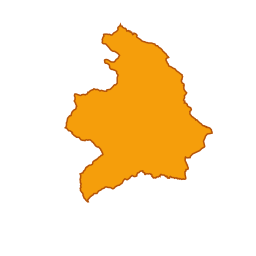 Tamara, Casanare, Colombia, rotated 308°
{"feature_id": "7082276B51929752700594", "entity_name": "Tamara", "entity_type": "district", "adm_level": 2, "iso_a3": "COL", "parent_name": "Colombia", "parent_adm1": "Casanare", "projection": "robinson", "projection_center": [-72.226, 5.881], "detail": "fine", "context": "isolated", "style": "filled", "palette": "amber", "viewbox_px": 256, "rotation_deg": 308, "n_neighbors": 0, "source": "geoboundaries", "source_scale": "gbopen_adm2", "svg_char_len": 5833}
<svg xmlns="http://www.w3.org/2000/svg" viewBox="0 0 256 256"><g transform="rotate(308 128 128)"><path d="M62.3,118.5L61.2,120.3L60.3,120.7L59.4,121.5L59.1,121.4L58.2,121.8L57.6,122.2L57.4,122.8L55.7,124.0L55.6,124.5L55.3,124.6L55.1,125.5L53.4,126.1L52.3,127.5L51.1,127.4L50.6,128.2L49.4,129.1L49.2,130.3L48.8,131.2L48.8,132.2L47.9,133.6L47.3,133.9L45.6,136.9L45.7,137.8L45.2,139.2L45.0,141.7L45.4,142.1L45.9,141.2L46.6,140.5L51.2,140.7L51.9,141.1L52.7,141.1L53.4,141.6L55.3,141.5L57.3,143.8L60.2,143.6L62.5,144.8L63.9,145.0L66.1,146.3L67.5,146.4L68.4,147.5L68.8,148.8L70.1,150.6L70.4,151.3L70.6,153.2L71.0,153.7L72.1,154.1L74.0,154.2L74.6,154.6L76.1,155.1L77.8,156.5L79.3,156.7L80.2,157.2L81.1,157.3L83.8,156.7L85.9,156.8L86.2,157.2L86.4,158.6L87.0,159.4L89.9,160.2L91.2,160.0L92.2,160.4L93.0,160.4L93.3,160.8L93.3,162.2L93.9,163.3L95.4,164.3L95.8,164.4L96.5,163.6L98.0,163.5L98.4,163.2L99.7,164.1L101.2,164.2L101.8,164.6L103.3,166.0L102.4,166.9L102.9,168.6L102.3,169.0L102.3,169.5L101.9,169.7L101.9,170.1L102.5,170.3L102.7,170.2L103.9,171.5L104.5,172.6L105.3,173.1L105.6,173.6L105.4,174.6L105.9,175.0L105.7,175.7L104.6,176.7L104.8,177.4L104.3,178.2L104.4,178.9L104.7,178.9L105.6,180.5L106.1,180.4L106.2,180.7L106.6,180.9L107.4,180.9L108.2,182.1L109.5,182.3L109.6,182.9L110.1,182.4L110.7,182.6L111.4,182.3L111.7,182.5L111.4,183.0L111.9,183.3L112.4,184.5L113.1,185.3L113.2,186.3L112.9,187.4L114.0,188.3L114.0,188.6L113.1,189.2L113.0,190.2L113.9,191.4L114.2,190.9L115.1,191.2L115.8,191.2L115.7,191.9L116.1,192.3L115.9,192.9L117.2,194.8L117.0,195.5L117.1,195.8L117.7,196.0L118.4,196.6L118.4,197.6L118.9,198.0L118.6,198.5L119.2,198.9L119.5,200.0L120.1,200.0L120.5,201.8L121.2,202.2L121.4,202.8L122.1,203.1L122.2,203.8L122.8,204.4L123.4,204.7L124.1,204.4L126.8,201.2L127.6,200.8L128.1,200.1L128.6,199.8L129.4,200.1L131.0,199.3L131.3,199.9L132.1,200.2L132.6,200.6L133.6,200.1L134.8,197.9L135.3,197.7L135.3,197.1L135.8,196.5L135.8,196.0L136.3,195.5L137.3,193.4L137.9,192.6L138.7,192.3L139.4,191.6L140.5,191.2L140.7,192.8L142.9,195.2L144.1,194.6L147.4,194.9L154.3,198.4L157.3,198.8L160.1,199.9L160.8,199.7L163.8,195.9L164.3,195.5L167.4,194.8L169.2,194.1L172.1,194.2L174.3,196.2L175.8,197.4L176.0,197.2L176.7,196.5L176.9,195.8L177.9,194.8L178.3,192.7L178.0,191.3L176.8,189.4L177.4,189.1L176.9,188.2L176.8,187.2L176.5,187.2L176.4,186.4L175.9,185.2L176.4,182.9L176.2,181.9L176.4,179.1L176.8,177.8L176.7,177.0L176.0,176.5L176.6,175.3L176.4,173.0L176.6,172.4L176.3,171.3L176.8,169.8L176.9,168.7L177.5,167.8L178.1,167.5L179.1,166.5L180.3,166.8L181.6,166.5L181.9,166.2L182.1,165.3L182.6,164.8L182.2,163.7L182.0,161.9L182.2,160.9L183.1,160.1L183.2,158.6L183.0,157.6L182.5,157.0L184.1,156.3L183.9,155.8L184.0,154.8L184.7,154.4L186.6,154.0L188.3,152.5L189.7,152.8L191.8,152.6L192.3,150.0L193.0,148.1L193.4,147.9L194.0,147.1L195.0,146.7L195.6,145.7L196.3,145.9L197.0,145.0L197.1,144.5L196.8,143.1L197.8,141.1L198.3,141.0L199.0,140.4L199.6,140.6L199.9,140.2L200.8,140.0L201.8,139.4L202.2,139.3L202.5,138.4L203.2,137.9L203.0,136.3L203.1,133.3L202.9,132.1L203.0,130.4L203.4,129.2L203.5,128.3L203.0,127.3L202.7,124.2L202.0,122.0L203.2,120.2L203.5,118.7L204.1,117.9L204.7,116.3L206.1,115.4L207.2,115.7L208.6,116.6L208.9,115.8L209.0,114.2L209.7,112.7L209.9,111.7L209.7,110.5L210.0,109.9L210.0,108.0L210.5,107.1L210.9,104.5L210.5,103.3L210.6,102.5L211.0,100.6L210.1,99.4L210.2,98.4L210.7,97.4L210.0,96.1L209.5,94.4L207.4,91.5L207.3,90.8L206.6,89.8L206.2,88.0L205.5,86.7L205.1,84.9L205.4,83.9L205.0,79.0L205.6,78.3L206.4,78.2L206.7,78.0L207.0,76.0L206.4,74.3L205.3,74.7L204.5,74.2L205.7,71.8L204.9,70.8L205.6,69.8L205.4,69.5L204.8,69.2L205.1,68.5L204.9,68.2L203.7,67.5L204.9,65.2L204.9,64.4L204.4,64.1L204.1,62.1L204.2,61.1L204.6,60.8L204.0,59.6L204.8,58.4L203.9,58.7L201.1,58.2L200.3,58.6L199.9,59.3L199.3,59.6L198.0,59.6L196.5,59.3L194.2,58.3L191.4,58.1L190.8,57.4L190.5,55.8L189.6,54.9L189.0,53.6L187.1,51.3L186.5,51.3L185.7,52.3L185.4,52.5L184.3,52.4L181.7,53.3L181.2,54.1L179.4,55.1L179.2,56.1L179.3,56.7L180.4,58.4L180.5,58.9L179.7,63.6L179.0,66.1L179.0,67.5L179.2,68.8L180.2,70.4L180.5,73.9L180.1,76.6L176.6,77.2L175.1,76.6L174.0,76.5L172.5,76.7L171.3,76.3L170.0,74.5L169.6,73.7L169.4,70.6L168.9,69.1L168.0,68.1L167.2,67.7L166.9,67.8L165.3,69.5L165.2,70.3L166.1,71.9L166.2,74.3L165.4,75.4L164.4,76.2L163.9,77.7L164.0,78.9L164.8,80.0L164.8,80.7L165.2,81.4L165.5,82.7L165.5,84.3L164.7,84.8L164.1,85.6L163.6,87.6L161.0,88.5L156.7,91.9L154.3,91.7L153.7,90.8L152.7,90.6L151.6,90.7L147.5,90.2L145.1,87.9L143.8,88.5L143.3,87.7L142.6,87.0L141.2,83.7L140.0,83.1L139.7,80.3L139.4,79.8L138.5,79.1L137.9,77.0L136.5,76.8L136.2,76.4L134.3,75.4L131.8,75.0L131.5,74.4L130.5,74.8L129.4,74.8L129.0,74.3L127.9,74.0L127.2,72.4L126.6,71.8L125.8,71.1L124.8,70.9L124.3,70.4L123.3,67.7L123.1,66.7L122.3,65.4L122.0,65.2L120.7,65.7L120.2,66.2L119.6,67.4L117.7,68.8L116.2,69.0L115.4,71.2L115.0,71.5L113.6,74.2L113.0,74.1L111.2,75.1L110.3,75.0L108.5,74.2L106.0,74.1L103.5,75.0L103.0,75.5L102.3,75.3L102.0,74.7L101.5,74.5L98.5,74.4L95.3,76.1L94.1,76.3L92.5,77.7L90.5,78.6L88.9,78.2L89.8,78.7L90.1,79.6L89.3,82.8L90.1,84.1L90.2,86.8L89.6,86.8L89.2,87.6L89.2,88.8L88.9,90.4L89.2,91.8L89.0,93.0L90.5,95.3L89.7,98.1L90.4,100.0L91.3,101.1L91.5,101.9L93.0,102.3L93.7,104.0L94.3,104.2L95.4,105.6L95.3,107.9L95.0,108.4L95.3,109.7L94.8,110.4L94.6,112.1L94.1,112.8L94.0,113.8L94.2,115.6L94.9,116.4L94.7,118.0L94.4,119.7L93.9,120.2L93.5,121.7L92.9,122.4L92.6,123.4L91.8,124.1L91.8,124.4L91.4,124.5L90.4,124.1L90.0,123.7L88.2,123.6L87.3,123.1L84.5,122.9L83.9,122.4L83.0,122.5L82.6,121.9L81.7,121.9L80.7,121.3L79.5,121.3L78.1,122.1L77.3,122.2L75.7,121.4L75.2,120.7L74.0,120.0L72.5,119.9L72.1,119.5L71.7,119.6L71.0,119.2L69.5,119.6L69.1,119.6L68.7,119.8L67.8,119.9L67.1,119.6L66.1,119.7L65.0,120.1L64.5,119.7L63.0,119.0L62.3,118.5Z" fill="#f59e0b" stroke="#b45309" stroke-width="1.5"/></g></svg>